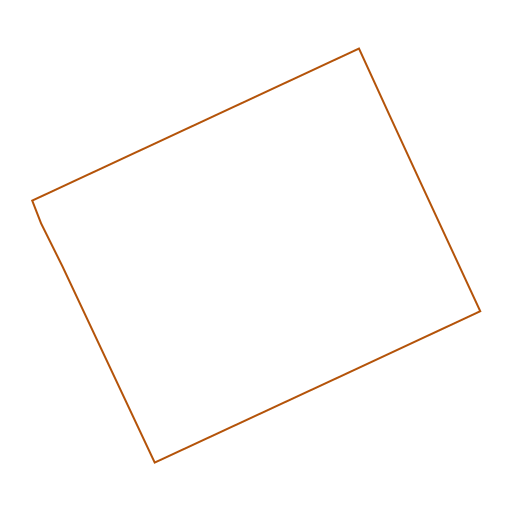 the district of Ottawa, Kansas, United States of America, rotated 335°
{"feature_id": "52423323B84405668975661", "entity_name": "Ottawa", "entity_type": "district", "adm_level": 2, "iso_a3": "USA", "parent_name": "United States of America", "parent_adm1": "Kansas", "projection": "mercator", "projection_center": [-97.672, 39.132], "detail": "fine", "context": "isolated", "style": "outline", "palette": "amber", "viewbox_px": 512, "rotation_deg": 335, "n_neighbors": 0, "source": "geoboundaries", "source_scale": "gbopen_adm2", "svg_char_len": 281}
<svg xmlns="http://www.w3.org/2000/svg" viewBox="0 0 512 512"><g transform="rotate(335 256 256)"><path d="M76.9,400.4L293.0,400.8L435.9,400.8L436.2,256.3L436.5,184.0L437.0,111.5L76.6,111.2L75.0,135.6L76.2,183.7L76.9,400.4Z" fill="none" stroke="#b45309" stroke-width="2"/></g></svg>